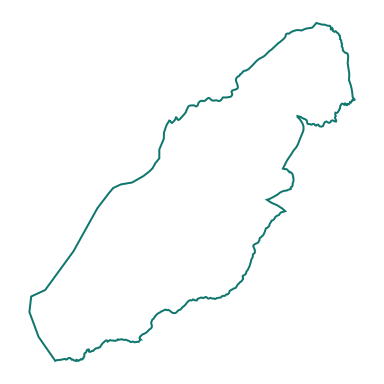 outline of Bolga East, Upper East, Ghana
{"feature_id": "2480657B19171272300465", "entity_name": "Bolga East", "entity_type": "district", "adm_level": 2, "iso_a3": "GHA", "parent_name": "Ghana", "parent_adm1": "Upper East", "projection": "mercator", "projection_center": [-0.786, 10.803], "detail": "fine", "context": "isolated", "style": "outline", "palette": "teal", "viewbox_px": 384, "rotation_deg": 0, "n_neighbors": 0, "source": "geoboundaries", "source_scale": "gbopen_adm2", "svg_char_len": 5964}
<svg xmlns="http://www.w3.org/2000/svg" viewBox="0 0 384 384"><path d="M55.3,360.9L56.5,360.3L57.7,360.0L59.0,360.0L62.4,359.5L63.3,359.2L64.7,359.0L65.6,359.1L65.7,359.4L67.0,359.4L68.6,358.0L69.9,358.0L70.3,358.1L71.8,359.7L72.4,359.4L73.7,360.2L76.0,361.0L76.4,359.8L76.9,359.9L78.0,360.9L78.6,360.9L79.2,360.1L80.1,359.9L80.6,359.3L81.0,359.1L81.9,359.5L82.3,359.4L83.0,358.5L83.4,358.3L83.5,357.3L84.3,356.6L84.4,355.1L84.2,354.3L84.7,353.2L85.7,352.7L86.7,351.0L86.8,350.3L87.1,350.0L87.5,349.7L88.7,349.4L89.0,349.9L88.9,351.4L89.2,351.8L89.6,351.9L90.7,351.7L91.6,351.1L93.1,350.9L94.4,349.5L95.5,348.6L96.3,348.2L97.8,348.2L98.7,347.5L100.0,347.2L101.5,344.8L102.7,343.2L105.5,340.8L106.3,340.4L106.7,340.4L107.1,340.7L107.6,341.6L108.7,341.0L109.7,340.2L111.8,340.5L113.2,340.5L115.2,340.9L116.1,340.4L117.2,340.3L117.6,340.0L117.7,339.6L118.2,339.8L118.7,339.5L118.9,339.6L119.5,339.7L121.6,339.2L123.3,339.8L126.0,339.8L127.9,340.6L128.8,340.8L130.2,341.8L130.7,342.0L131.3,342.0L132.1,341.7L133.0,341.6L134.8,342.3L137.0,341.8L138.6,341.9L139.3,341.1L140.0,339.9L140.4,339.5L140.7,339.5L139.6,338.3L139.6,337.8L140.2,336.5L142.8,334.2L144.4,333.7L146.6,332.4L149.2,329.6L150.6,328.7L151.6,327.6L151.9,326.5L151.9,325.8L151.1,322.8L152.0,320.3L152.5,319.5L154.0,318.3L154.7,316.8L156.6,314.6L158.7,313.0L160.1,312.4L160.7,311.8L165.3,309.6L167.0,310.2L168.2,309.9L169.5,310.5L171.7,312.3L172.8,312.9L174.1,313.2L175.4,313.0L176.0,312.7L178.3,310.4L179.3,309.9L180.4,309.6L181.7,308.3L182.3,307.3L183.5,306.5L185.6,304.5L186.6,303.1L188.5,301.0L189.6,300.3L191.4,300.4L191.9,300.3L192.9,299.5L193.5,299.5L194.6,300.3L196.9,300.4L197.7,298.8L201.3,297.5L202.8,298.0L203.7,298.0L204.1,297.6L205.7,297.0L206.5,297.2L207.4,298.1L208.4,298.6L209.0,298.6L210.3,297.9L210.7,297.9L212.4,298.6L214.1,298.5L215.3,299.0L217.0,298.0L220.8,297.5L221.9,296.3L222.8,295.9L224.7,295.9L225.2,295.6L226.0,294.6L226.4,294.4L227.4,294.4L228.1,294.1L228.9,293.2L229.8,290.8L233.0,289.0L233.6,288.5L235.3,288.1L235.7,287.8L236.7,286.4L237.2,285.2L238.9,283.5L239.5,282.7L241.6,281.1L243.0,279.0L243.0,277.9L242.6,276.2L243.7,275.3L244.5,275.0L246.0,273.5L246.5,271.4L247.7,270.0L249.6,266.0L251.0,261.3L251.2,259.8L252.8,256.8L252.8,255.4L253.1,254.1L254.3,253.3L254.7,252.9L254.9,252.2L254.9,250.7L254.5,249.1L253.3,246.4L253.4,245.3L254.8,244.2L257.4,243.0L258.5,242.2L258.8,241.2L259.4,240.4L259.6,238.4L259.8,238.0L260.8,237.4L263.4,234.9L264.8,231.8L265.9,228.4L267.9,227.5L268.2,226.8L269.3,225.8L269.5,224.3L270.3,222.9L270.8,222.3L271.6,220.6L272.5,220.4L273.4,219.9L273.9,219.4L275.4,216.9L276.9,215.8L278.8,215.1L280.5,212.8L281.5,212.2L282.6,212.0L285.2,211.2L282.5,208.7L277.3,205.3L271.7,202.9L266.9,199.8L269.7,198.9L273.1,197.1L277.7,194.5L279.7,192.8L282.3,191.4L284.8,190.7L286.7,190.6L287.9,189.9L290.8,189.0L290.8,187.5L291.2,187.0L292.2,186.4L292.7,184.6L292.6,183.8L292.9,182.6L293.4,181.5L293.6,179.2L293.3,178.4L293.4,177.2L293.1,176.8L292.5,174.0L290.6,172.1L289.4,172.3L288.9,171.4L288.0,170.6L287.4,169.8L286.5,169.2L284.2,169.0L282.9,168.6L286.9,160.7L288.5,158.2L290.4,155.6L293.7,150.3L295.9,147.8L297.6,145.0L301.3,135.7L302.5,133.0L303.5,130.0L303.5,126.5L302.6,123.7L301.3,121.4L299.4,118.8L297.5,116.9L297.5,116.0L301.0,117.1L302.2,118.0L305.2,119.3L306.2,119.9L306.9,120.9L307.3,123.1L307.5,123.7L308.4,124.1L310.5,124.2L311.4,124.7L312.6,124.1L313.7,123.9L314.4,124.3L315.0,125.1L315.9,125.6L316.4,125.5L316.9,124.9L318.0,124.6L318.4,124.7L319.2,126.0L320.2,126.5L321.8,126.5L322.9,126.2L323.4,125.3L323.5,124.6L324.6,122.4L325.5,121.8L326.5,121.5L327.8,122.3L328.9,122.8L329.3,122.8L330.5,122.1L331.1,120.9L332.1,120.4L332.8,120.4L335.0,121.5L336.0,121.5L336.2,120.5L335.0,117.9L335.1,117.3L335.8,115.9L335.2,115.0L335.4,112.7L337.0,112.9L337.9,112.1L338.3,111.2L338.9,110.6L339.5,109.1L340.0,108.5L340.2,106.0L341.5,104.0L341.8,103.7L342.6,103.7L344.2,104.7L344.8,103.5L345.2,103.4L345.6,103.7L346.0,104.8L346.8,105.2L347.2,105.1L347.3,104.2L347.7,103.9L348.5,103.9L349.0,104.2L349.3,103.9L350.0,102.8L350.0,102.2L351.1,102.4L351.5,101.3L352.3,100.9L352.2,100.1L352.8,99.5L354.0,100.1L354.6,99.7L353.6,98.2L352.7,97.3L352.2,92.3L351.5,88.2L350.7,85.0L349.0,80.1L349.3,73.7L347.7,63.6L348.2,56.2L347.4,53.4L345.6,52.9L343.9,51.6L342.9,50.4L342.6,47.7L342.0,46.7L341.8,45.9L341.7,45.4L342.1,44.2L341.8,43.3L341.4,42.9L341.1,40.2L340.1,39.2L340.0,38.8L340.2,37.5L339.8,36.5L340.0,36.0L339.8,35.6L339.1,35.0L338.5,33.7L336.6,32.3L336.3,31.7L335.6,31.2L334.8,31.4L334.4,31.8L333.0,31.0L332.7,30.6L332.8,29.1L332.4,28.4L331.9,29.0L331.4,29.3L330.8,29.3L330.7,26.9L329.9,25.8L328.4,25.8L326.5,25.4L325.1,24.7L322.0,24.6L316.4,23.0L315.8,23.5L315.4,24.3L314.1,25.6L313.3,26.6L312.0,27.7L306.0,28.6L301.4,30.5L298.8,30.1L296.6,30.1L293.5,31.0L291.4,31.9L288.8,33.7L287.5,33.5L286.2,34.1L285.2,37.0L283.8,38.8L279.6,42.3L278.6,42.9L271.6,49.5L269.3,51.1L264.6,55.8L262.4,57.2L260.0,58.4L258.4,59.4L256.7,60.8L252.3,65.5L248.5,69.2L246.3,70.4L244.3,70.8L243.0,71.6L241.7,73.3L240.1,74.4L239.5,75.7L239.1,76.0L237.8,76.5L236.3,78.2L236.0,79.6L236.0,81.0L237.6,85.2L237.9,87.6L237.4,88.6L235.7,89.4L232.3,90.5L231.5,91.6L232.3,94.5L231.5,96.0L230.7,96.7L226.6,97.5L223.0,97.4L221.1,100.0L220.0,100.8L218.7,101.0L216.4,100.3L213.3,100.6L212.2,100.5L211.1,99.7L210.0,98.6L208.9,97.9L208.1,98.1L206.8,99.1L205.1,100.7L203.7,101.0L201.1,100.8L199.7,101.5L198.5,102.9L197.8,105.0L197.0,106.1L196.0,106.4L193.8,105.3L190.3,105.5L188.9,106.0L188.0,107.0L187.5,108.4L186.4,110.3L186.2,111.5L185.0,113.4L180.1,118.9L179.1,119.7L178.2,120.0L176.2,117.3L175.8,117.4L175.5,119.1L175.0,119.8L173.6,121.5L172.1,122.9L171.7,122.8L171.3,122.6L170.7,121.9L170.3,121.0L169.3,120.6L166.6,125.0L164.0,132.5L163.8,138.8L159.3,149.5L159.3,158.4L155.4,163.1L152.5,168.3L149.4,171.4L143.5,176.0L132.1,182.5L120.9,184.4L113.2,188.0L108.7,193.4L97.4,208.2L73.5,251.2L45.2,290.0L31.2,296.5L29.4,312.0L38.6,336.9L55.3,360.9Z" fill="none" stroke="#0f766e" stroke-width="2"/></svg>